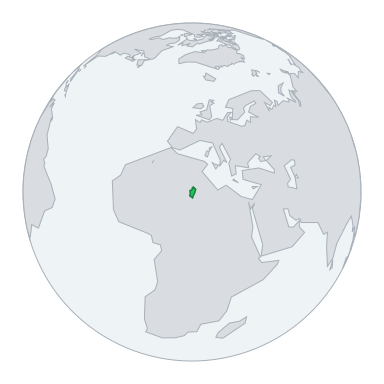 Ghat highlighted on a globe, orthographic projection, rotated 26°
{"feature_id": "LBY-2968", "entity_name": "Ghat", "entity_type": "Municipality", "adm_level": 1, "iso_a3": "LBY", "parent_name": "Libya", "parent_adm1": "", "projection": "orthographic", "projection_center": [10.299, 26.072], "detail": "fine", "context": "on_globe", "style": "filled", "palette": "green", "viewbox_px": 384, "rotation_deg": 26, "n_neighbors": 0, "source": "natural_earth", "source_scale": "10m", "svg_char_len": 9936}
<svg xmlns="http://www.w3.org/2000/svg" viewBox="0 0 384 384"><g transform="rotate(26 192 192)"><circle cx="192" cy="192" r="169" fill="#eef3f6" stroke="#a8b0b8"/><path d="M180.8,23.4L180.4,23.4L180.8,23.4L186.0,23.2L190.1,23.1L182.5,23.5L188.8,23.6L179.7,25.1L158.7,28.0L154.6,30.4L135.3,38.0L137.9,37.8L132.3,41.2L133.3,42.4L129.4,43.9L133.6,43.6L136.9,42.0L139.8,41.5L140.7,42.2L136.0,44.1L134.8,44.0L133.9,45.0L131.1,45.7L133.0,45.7L127.1,48.3L134.2,46.9L130.6,49.9L126.3,51.3L125.2,49.6L112.5,50.3L107.8,52.1L102.4,55.8L95.5,65.6L91.1,68.5L86.1,73.5L89.3,72.4L94.3,68.1L99.0,67.7L104.5,63.0L107.2,62.3L113.5,58.6L114.2,61.0L111.5,65.5L106.3,68.9L105.0,71.2L111.3,69.7L102.9,78.3L99.7,88.4L97.3,90.7L90.2,91.3L86.8,86.3L77.7,88.9L85.3,89.3L79.2,95.9L79.0,98.1L80.3,99.2L83.2,97.6L81.5,100.6L73.3,100.8L74.8,98.1L77.3,97.9L75.7,95.8L70.1,96.9L67.5,100.5L62.0,99.6L60.0,102.4L57.7,104.1L61.2,99.5L54.9,107.9L47.9,111.0L39.1,126.6L45.9,111.8L47.3,107.7L48.1,104.7L46.6,107.1L49.7,101.0L49.4,101.4L56.3,91.4L63.9,81.9L72.2,72.9L81.1,64.6L90.5,56.9L100.6,49.9L111.0,43.7L122.0,38.2L133.2,33.6L144.8,29.8L156.6,26.8L168.6,24.7L180.8,23.4ZM36.8,125.3L36.9,124.9L36.1,127.4L32.6,136.0L36.8,125.3ZM30.9,140.9L29.3,147.4L26.6,157.6L25.3,165.1L25.4,166.8L25.2,172.9L26.8,168.9L28.6,169.3L26.8,178.3L29.2,172.3L29.2,178.8L34.0,186.1L33.1,187.5L36.8,204.5L43.8,216.1L45.3,224.2L44.2,227.4L47.3,231.0L47.4,233.6L62.2,247.0L72.0,258.2L73.1,267.2L67.8,273.8L69.8,291.8L62.1,291.6L64.7,298.2L66.6,304.5L61.3,299.0L67.5,306.2L67.8,306.6L59.6,297.0L52.1,286.7L45.4,275.9L39.5,264.7L34.4,253.0L30.3,241.0L27.1,228.7L24.8,216.2L23.4,203.6L23.0,190.9L23.6,185.1L24.9,172.0L25.1,168.6L24.4,171.4L25.7,162.2L30.9,140.9ZM36.6,131.3L34.3,146.1L33.2,142.8L33.8,142.2L34.9,137.3L36.2,131.1L35.9,129.1L36.6,131.3ZM41.0,126.3L41.2,124.4L41.3,125.6L41.0,126.3ZM112.7,57.6L113.1,58.1L111.7,58.5L112.7,57.6ZM115.1,55.6L113.2,55.8L114.1,54.9L115.2,54.8L115.1,55.6ZM117.2,55.7L115.8,53.3L117.4,51.8L123.0,50.4L117.2,55.7ZM195.6,23.1L202.7,23.5L204.8,23.6L202.8,24.1L197.5,23.3L192.2,23.1L195.5,23.1L195.6,23.1ZM137.6,41.2L134.1,42.9L136.2,41.0L137.6,41.2ZM138.2,40.2L140.5,35.7L146.2,33.9L144.2,35.6L150.9,33.0L152.5,34.2L149.2,35.9L145.3,36.8L148.9,36.7L138.2,40.2ZM200.6,24.6L201.4,24.9L199.4,24.7L200.6,24.6ZM141.2,41.1L141.1,40.2L146.0,38.5L147.0,40.0L145.1,40.0L141.2,41.1ZM151.8,31.9L155.6,31.1L158.0,31.8L159.8,31.6L153.0,34.1L151.8,31.9ZM144.4,40.8L147.3,40.8L145.9,42.3L141.5,41.9L144.4,40.8ZM146.9,37.5L149.2,36.8L148.2,37.7L146.9,37.5ZM142.2,48.3L142.0,47.0L144.6,45.9L142.2,48.3ZM148.5,40.8L149.0,40.3L150.0,39.8L151.6,40.2L148.5,40.8ZM155.2,34.6L155.3,35.2L158.0,33.6L159.9,34.3L155.1,36.0L157.9,35.5L158.5,35.8L153.9,36.9L155.2,34.6ZM156.1,39.2L150.6,42.0L150.3,44.5L148.1,45.4L148.9,41.2L156.1,39.2ZM155.2,37.7L155.3,38.8L152.4,39.3L150.7,38.8L155.2,37.7ZM162.9,34.3L161.3,32.7L162.4,32.5L162.9,34.3ZM156.6,39.8L157.9,39.1L156.9,39.9L156.6,39.8ZM161.6,35.8L160.9,35.2L162.2,34.9L161.6,35.8ZM161.2,38.4L159.4,39.2L158.1,38.9L161.2,38.4ZM161.8,37.1L163.8,36.9L158.7,38.3L161.3,36.9L161.8,37.1ZM163.0,35.6L163.5,35.2L163.1,35.9L163.0,35.6ZM166.9,39.5L160.9,41.4L158.1,40.5L164.4,38.8L166.9,39.5ZM231.7,27.8L225.9,26.5L233.8,28.3L233.2,28.2L236.7,29.1L242.1,30.7L256.7,36.3L272.1,43.6L268.2,41.2L269.3,41.8L280.7,48.2L291.7,55.6L302.0,63.7L311.6,72.7L315.0,76.2L310.9,72.1L316.7,78.5L319.1,80.9L316.3,77.6L316.6,77.8L323.1,85.5L323.7,86.2L332.2,97.7L339.7,110.0L346.1,122.8L346.7,124.0L347.9,127.0L347.4,126.0L350.3,133.9L353.2,141.3L358.0,160.3L357.9,159.8L356.4,157.1L358.7,169.0L360.0,174.0L360.7,183.3L359.9,175.2L359.3,173.9L357.5,163.8L353.4,151.7L353.5,157.7L351.6,151.9L345.9,143.8L345.0,152.3L344.7,174.8L347.7,190.2L346.3,199.4L337.0,182.3L331.4,168.8L329.0,172.4L318.6,164.3L303.5,171.6L300.5,168.5L297.8,171.8L290.4,170.4L285.6,165.1L281.5,167.1L294.3,181.0L298.6,179.0L301.0,170.7L303.8,176.3L310.9,179.0L306.1,197.2L282.2,219.4L278.6,208.3L253.4,180.3L253.4,176.4L253.3,176.0L252.9,175.3L252.0,181.8L247.2,176.1L262.1,196.7L265.1,206.2L281.9,220.3L280.7,222.5L285.7,224.8L300.0,215.4L300.4,219.3L294.4,239.6L273.4,269.2L275.4,283.4L272.7,296.0L257.9,307.0L257.6,315.4L249.7,319.8L248.1,324.5L240.9,330.3L229.4,336.1L211.7,338.0L211.8,334.3L204.9,327.0L195.8,306.7L201.6,296.2L200.6,287.9L187.6,269.2L190.5,258.0L186.7,253.3L179.1,254.6L174.5,248.8L169.8,248.6L139.2,250.8L129.1,242.2L115.5,216.9L120.5,208.0L120.2,196.7L153.7,161.2L162.2,163.9L190.1,159.0L193.9,160.3L192.1,169.3L214.3,178.9L219.7,170.9L238.3,174.5L249.7,172.3L251.1,155.0L232.4,158.3L227.7,150.7L241.5,141.1L257.6,138.9L256.3,135.9L244.9,131.1L247.3,124.7L240.7,129.0L244.3,131.6L240.3,134.5L236.8,132.4L237.8,130.1L232.6,129.6L229.2,141.5L232.4,145.4L219.5,149.3L223.8,156.4L220.7,160.3L212.4,149.9L212.3,145.7L197.8,135.1L196.8,139.7L210.4,150.3L206.7,149.7L205.5,156.8L203.5,151.0L189.0,138.9L176.5,142.2L162.8,159.5L155.0,160.8L147.6,157.0L150.4,139.6L167.4,138.8L168.6,133.3L163.3,125.4L168.9,126.1L168.9,123.0L175.1,122.5L182.1,115.0L188.2,114.1L189.2,104.9L192.4,103.3L190.9,109.1L193.1,112.8L208.0,111.2L210.4,109.0L209.8,103.3L214.0,103.9L211.5,98.7L219.2,95.6L207.8,95.3L206.9,89.4L210.5,84.5L208.2,82.7L202.2,90.8L201.6,94.2L204.4,97.1L201.2,107.2L196.4,109.3L192.1,99.0L184.9,101.1L184.7,92.8L201.0,74.9L208.7,71.1L225.1,76.3L224.4,80.0L218.1,79.8L225.5,85.0L224.1,82.1L227.6,82.9L227.5,78.0L230.0,78.4L225.8,73.4L228.8,73.3L231.4,76.4L233.9,69.9L239.6,68.8L239.0,67.2L236.7,65.9L245.6,65.8L244.7,64.7L241.5,64.2L237.7,61.8L234.5,57.8L237.8,58.0L239.4,59.4L247.6,63.1L251.3,67.5L252.3,67.2L249.8,63.5L239.8,58.9L237.0,56.5L241.9,58.1L239.9,57.3L239.5,56.2L242.1,55.4L236.8,53.5L227.9,42.6L232.1,40.5L237.5,42.8L234.7,37.0L239.7,36.1L236.7,35.5L233.4,33.1L231.8,33.3L230.1,32.9L220.8,27.8L221.1,27.2L213.7,25.4L212.2,25.2L211.5,25.5L202.8,24.1L204.8,23.6L208.2,23.9L207.6,23.8L219.7,25.3L231.7,27.8ZM143.9,180.3L143.4,183.7L143.4,183.8L143.9,180.3ZM276.1,145.2L284.8,143.1L278.5,134.0L281.3,132.6L278.1,130.2L278.0,133.4L269.8,126.7L272.7,122.6L270.4,118.6L267.4,119.2L263.4,128.0L275.0,137.3L274.1,142.1L276.1,145.2ZM34.2,186.2L34.5,188.9L33.6,187.7L34.2,186.2ZM31.8,145.8L31.9,147.5L31.5,149.7L31.2,148.9L31.8,145.8ZM35.6,159.2L36.4,161.7L35.1,160.5L35.6,159.2ZM34.2,148.2L35.0,157.5L32.6,156.3L32.3,150.7L33.3,152.4L34.2,148.2ZM38.4,130.4L38.2,132.0L37.4,133.3L38.4,130.4ZM41.1,127.2L41.0,126.9L41.6,125.2L41.1,127.2ZM79.7,95.8L80.3,95.9L81.1,97.6L79.6,97.8L79.7,95.8ZM91.3,99.8L88.3,104.5L89.4,101.1L86.8,102.1L85.7,96.7L96.1,91.6L91.6,94.7L91.3,99.8ZM87.3,88.6L86.7,92.2L86.9,88.5L87.3,88.6ZM162.4,107.9L165.1,109.8L163.5,113.3L155.8,115.8L158.0,110.5L162.4,107.9ZM169.2,111.7L167.1,101.6L171.8,100.0L169.5,102.5L172.8,102.5L170.1,106.6L176.7,115.7L175.7,119.5L162.0,121.2L167.0,118.3L164.1,116.5L169.2,111.7ZM153.2,82.3L152.4,79.0L163.7,79.8L163.2,82.9L155.5,85.2L151.5,83.0L153.2,82.3ZM127.4,54.1L126.3,53.6L127.6,52.9L129.6,52.8L127.4,54.1ZM141.9,47.8L133.4,56.0L131.8,55.7L128.8,61.4L123.3,63.0L125.4,59.1L118.9,64.9L118.6,62.1L114.7,66.3L120.0,57.5L119.5,55.6L122.2,57.0L127.2,55.5L129.3,54.3L134.7,49.6L136.0,45.1L141.3,43.3L144.7,43.3L145.1,44.0L141.6,44.9L144.8,45.3L140.0,47.2L141.9,47.8ZM180.9,49.5L176.6,49.1L182.2,52.4L177.4,53.4L178.4,53.7L175.5,55.7L173.7,58.8L171.3,58.9L171.6,60.1L169.7,61.6L169.4,63.4L165.0,64.3L164.1,66.7L162.5,65.8L162.3,69.6L160.5,67.3L157.9,69.3L161.0,70.5L138.2,73.7L130.0,77.6L124.1,82.4L121.8,78.3L125.8,71.6L133.0,64.6L141.2,61.7L138.7,60.7L141.8,59.1L142.5,60.6L143.4,57.4L146.2,56.6L152.6,51.7L152.1,48.2L154.4,46.5L156.0,47.5L157.2,45.2L161.8,46.1L163.6,45.1L169.9,45.1L172.0,48.0L173.8,46.7L178.7,46.9L180.9,49.5ZM168.7,39.6L172.2,42.3L171.4,44.4L160.7,43.5L158.5,44.4L151.6,44.4L153.1,41.5L154.9,41.7L157.0,41.3L155.7,42.3L158.3,41.2L160.9,41.6L163.6,40.8L164.0,41.9L168.7,39.6ZM197.3,156.7L200.0,156.9L204.1,156.2L203.3,160.9L197.3,156.7ZM187.2,148.6L189.6,147.9L190.6,153.7L187.7,153.7L187.2,148.6ZM190.0,142.8L189.6,147.4L188.2,144.9L190.0,142.8ZM193.0,108.3L195.4,107.4L196.0,108.7L195.0,110.8L193.0,108.3ZM196.6,61.1L194.2,60.1L194.7,59.4L192.1,56.0L195.4,55.3L198.3,57.0L196.6,61.1ZM248.4,158.5L245.6,162.3L243.7,161.1L245.0,160.0L248.4,158.5ZM223.8,162.1L229.8,163.4L223.5,163.4L223.8,162.1ZM199.8,59.6L198.3,58.3L200.9,58.8L199.8,59.6ZM197.7,54.6L200.6,54.8L195.5,54.8L197.7,54.6ZM297.2,286.6L283.8,309.9L277.1,312.1L277.2,306.7L283.1,293.4L291.3,287.3L295.8,280.2L297.2,286.6ZM360.9,194.6L359.5,184.0L360.0,181.8L360.8,185.0L360.9,194.6ZM348.3,191.3L351.1,198.5L350.0,201.4L348.3,191.3ZM349.9,131.9L350.5,133.6L349.7,131.5L348.2,127.7L349.9,131.9ZM226.1,54.0L226.1,59.3L228.3,63.2L233.0,65.4L226.3,64.9L222.9,58.8L226.1,54.0ZM227.4,43.8L223.2,42.4L224.9,41.9L226.1,42.1L227.4,43.8ZM224.9,43.8L220.0,44.4L217.6,42.9L222.0,42.7L224.9,43.8ZM210.0,51.3L209.8,52.8L207.7,52.3L210.0,51.3ZM266.7,40.5L264.7,39.5L265.1,39.7L266.7,40.5ZM203.0,24.9L201.6,24.9L201.9,24.7L203.0,24.9ZM229.3,33.0L227.0,32.5L227.5,32.0L229.3,33.0ZM221.1,30.8L222.1,31.7L219.7,30.6L221.1,30.8ZM224.7,33.9L221.9,32.0L226.5,33.9L224.7,33.9Z" fill="#d9dde1" stroke="#a8b0b8" stroke-width="1"/><path d="M192.3,196.7L192.2,196.7L191.9,196.4L191.8,196.0L191.7,195.9L191.3,195.7L191.3,195.2L191.3,194.8L191.3,194.4L191.2,194.2L190.7,193.4L190.4,193.0L190.0,192.4L189.6,191.9L189.6,191.7L189.7,191.4L189.8,191.3L189.8,191.2L190.8,190.7L190.9,190.3L190.9,190.2L191.0,189.7L190.9,189.6L190.7,189.2L190.5,188.4L190.5,188.2L190.7,187.8L190.8,187.8L190.7,187.7L190.8,187.5L190.9,187.4L191.0,186.9L191.4,187.1L191.9,187.3L192.4,187.4L192.9,187.6L193.5,187.7L193.9,187.8L194.1,188.0L194.3,188.3L194.3,189.0L194.4,189.4L194.5,190.0L194.7,190.8L194.8,191.1L194.8,191.6L194.8,191.9L194.7,192.4L194.7,192.9L194.8,193.3L194.9,193.5L194.8,194.0L194.8,194.6L194.8,195.2L194.8,195.8L195.1,196.3L195.2,196.7L195.1,197.1L194.3,196.9L193.6,196.6L193.1,196.5L192.7,196.6L192.4,196.7L192.3,196.7Z" fill="#22c55e" stroke="#15803d" stroke-width="1.5"/></g></svg>